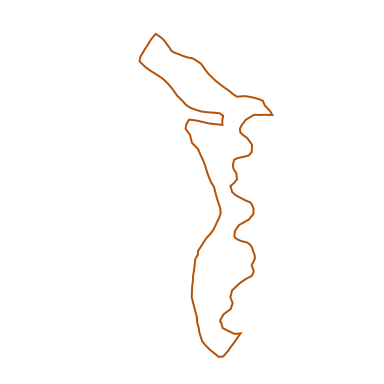 Sagbama, Bayelsa, Nigeria, rotated 127°
{"feature_id": "59680162B84100135495566", "entity_name": "Sagbama", "entity_type": "district", "adm_level": 2, "iso_a3": "NGA", "parent_name": "Nigeria", "parent_adm1": "Bayelsa", "projection": "natural_earth1", "projection_center": [6.208, 5.097], "detail": "fine", "context": "isolated", "style": "outline", "palette": "amber", "viewbox_px": 384, "rotation_deg": 127, "n_neighbors": 0, "source": "geoboundaries", "source_scale": "gbopen_adm2", "svg_char_len": 2870}
<svg xmlns="http://www.w3.org/2000/svg" viewBox="0 0 384 384"><g transform="rotate(127 192 192)"><path d="M88.9,281.5L89.9,285.6L91.1,289.1L91.7,293.0L90.2,297.2L87.6,306.0L87.2,310.0L87.6,316.2L90.0,316.3L95.3,316.5L102.4,315.8L107.4,315.5L110.9,315.0L114.9,314.7L119.3,312.5L120.3,304.0L120.1,296.8L119.9,295.5L119.5,290.9L119.1,283.8L119.5,279.3L120.2,275.2L120.8,272.5L121.0,271.4L122.5,266.5L124.1,261.6L124.9,254.7L126.0,249.4L125.8,244.5L124.1,238.6L122.0,232.8L118.4,226.6L115.4,222.1L112.5,217.3L112.4,213.0L116.6,210.9L120.1,208.1L122.1,211.4L124.7,215.7L127.2,220.1L129.6,225.5L131.8,230.6L135.9,237.9L136.1,237.9L141.3,237.3L145.3,235.2L147.7,227.8L152.7,221.7L154.1,212.9L156.9,208.2L160.1,202.0L162.5,198.2L163.5,196.7L164.7,195.1L168.7,189.5L172.6,182.9L174.8,177.4L178.5,172.8L181.2,169.4L182.0,168.4L185.6,163.1L188.1,159.5L192.1,156.1L196.3,154.8L197.1,154.6L199.0,154.3L201.0,153.9L205.5,152.9L209.5,152.2L214.4,152.1L220.1,152.8L221.4,152.7L230.4,152.0L235.4,151.7L238.9,149.5L243.6,149.0L252.4,143.7L258.1,140.8L262.7,137.6L267.1,135.2L271.1,132.4L276.2,128.9L279.2,125.2L279.9,124.3L282.9,120.5L285.8,117.0L288.6,113.2L292.8,109.6L296.7,104.6L299.6,101.8L302.2,98.2L305.1,94.0L306.5,88.1L307.2,82.2L307.4,76.6L307.4,75.3L307.5,71.2L304.6,68.1L301.1,67.8L296.3,67.5L291.9,67.8L288.1,67.7L281.4,68.0L275.6,68.1L279.6,72.3L281.3,80.0L282.1,85.8L278.5,90.4L278.7,91.4L277.4,92.3L270.9,93.2L267.7,92.3L262.3,90.7L256.3,92.6L253.1,97.9L248.5,99.9L246.6,100.8L240.7,99.8L239.9,99.7L235.8,98.9L229.1,96.7L223.4,93.9L220.0,94.2L218.1,95.1L216.8,96.9L215.8,98.3L215.0,100.0L213.7,100.5L211.3,100.8L209.4,101.3L207.8,101.5L206.5,102.4L205.4,103.3L204.3,104.5L203.7,105.5L203.5,105.9L202.7,107.4L201.6,108.7L201.0,109.5L200.3,110.6L199.7,112.0L199.1,113.8L199.1,115.8L199.2,117.6L199.8,119.2L200.5,120.7L201.9,124.3L202.4,126.8L202.7,129.7L201.7,131.8L199.6,132.8L197.4,134.1L195.0,134.4L190.0,134.5L184.3,132.0L182.1,131.3L180.2,130.0L175.1,129.8L172.5,129.8L168.4,132.7L168.3,132.8L166.8,135.3L165.9,136.6L165.3,139.4L165.9,141.9L166.7,145.1L167.4,149.2L167.7,150.8L168.1,154.2L168.3,155.8L167.8,160.1L164.0,164.9L161.4,164.3L159.5,163.8L154.6,163.8L152.3,166.1L150.3,168.0L148.6,172.6L147.1,174.4L146.2,175.4L140.9,177.8L140.4,177.6L137.4,175.9L133.0,172.1L128.8,168.7L124.2,168.3L118.1,172.5L117.0,176.0L115.7,180.5L115.8,185.5L115.8,185.9L115.3,189.3L112.5,191.9L111.0,192.1L108.5,192.5L102.0,192.5L101.5,192.3L99.1,191.4L96.8,190.5L93.4,189.0L91.8,187.4L90.1,184.8L88.7,182.9L87.3,181.3L86.2,180.0L85.6,179.0L84.5,177.2L83.5,176.0L82.2,174.2L80.4,178.3L79.0,186.2L76.5,190.3L77.6,194.6L77.8,194.9L79.1,198.5L80.8,202.2L83.7,207.6L85.5,209.7L88.8,213.4L89.2,217.5L88.8,223.6L89.1,228.1L89.1,236.4L88.9,240.7L87.8,249.7L86.4,254.9L84.2,261.6L84.4,268.2L85.0,272.2L86.8,275.7L87.2,276.6L88.9,281.5Z" fill="none" stroke="#b45309" stroke-width="2"/></g></svg>